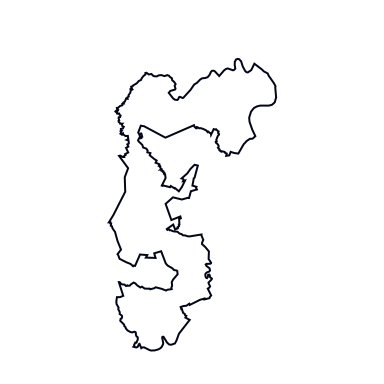 Cosoleacaque, Veracruz, Mexico, rotated 333°
{"feature_id": "50627088B31843590952822", "entity_name": "Cosoleacaque", "entity_type": "district", "adm_level": 2, "iso_a3": "MEX", "parent_name": "Mexico", "parent_adm1": "Veracruz", "projection": "albers", "projection_center": [-94.578, 18.006], "detail": "fine", "context": "isolated", "style": "outline", "palette": "ink", "viewbox_px": 384, "rotation_deg": 333, "n_neighbors": 0, "source": "geoboundaries", "source_scale": "gbopen_adm2", "svg_char_len": 6002}
<svg xmlns="http://www.w3.org/2000/svg" viewBox="0 0 384 384"><g transform="rotate(333 192 192)"><path d="M162.9,84.0L163.6,85.2L163.2,85.6L161.5,85.1L160.3,85.5L160.5,86.0L161.7,86.2L161.8,86.6L160.9,87.6L160.9,88.3L162.7,89.0L162.5,90.1L163.1,91.4L161.9,92.6L160.6,92.2L160.0,93.2L159.7,95.1L158.8,95.3L158.5,96.4L159.1,97.5L159.0,98.6L160.9,99.5L160.2,99.8L159.9,101.7L160.8,102.9L159.3,104.0L157.3,103.5L156.8,104.5L157.3,105.5L155.9,105.5L156.0,107.0L154.7,107.6L155.6,109.2L157.1,108.7L156.9,109.6L158.2,112.0L160.3,112.9L159.3,115.8L157.5,115.9L158.8,117.2L158.0,119.6L157.4,120.2L156.0,120.2L155.9,122.7L153.3,122.7L153.1,127.8L149.6,127.9L149.6,128.9L147.5,129.2L147.4,130.0L146.2,129.4L144.6,127.0L143.4,126.7L145.9,141.8L138.8,148.3L132.6,161.5L111.4,176.9L104.2,181.3L105.5,181.9L105.0,182.8L105.7,183.3L104.3,185.2L105.1,186.1L104.7,188.4L105.3,192.6L103.4,201.9L102.6,211.1L97.4,213.6L97.6,214.8L97.1,218.6L101.6,224.8L104.6,228.2L105.8,231.4L106.6,231.1L107.7,232.0L117.3,224.1L123.5,227.9L121.1,229.5L129.6,234.2L130.5,229.5L137.6,230.8L136.2,243.8L136.9,246.5L139.8,250.9L140.6,253.4L142.6,254.9L143.0,255.7L141.8,258.8L135.5,261.4L133.1,263.0L131.7,266.5L130.1,268.0L129.8,269.3L125.6,267.9L124.1,268.0L121.1,264.6L116.4,260.4L114.8,260.6L110.6,259.7L110.5,259.0L106.0,256.6L104.4,253.6L102.6,253.6L100.6,249.9L100.1,247.8L98.9,246.2L95.5,246.6L94.1,247.2L91.8,246.2L91.8,245.8L90.5,245.8L89.9,243.9L87.9,242.7L87.2,241.7L86.6,239.4L85.9,239.1L83.6,253.3L80.1,253.0L77.4,251.6L74.8,255.3L73.9,257.6L74.1,261.7L73.1,262.9L73.1,266.2L72.2,267.9L73.4,270.3L73.1,271.5L71.9,272.7L70.9,272.5L69.6,274.2L71.3,279.4L70.8,280.8L71.4,282.2L71.1,283.4L71.7,286.1L73.8,289.1L75.1,290.0L77.2,290.3L78.0,291.1L78.1,291.8L77.2,293.7L77.0,295.5L77.6,296.5L77.5,297.3L76.6,299.0L74.7,300.3L74.5,300.9L73.6,301.0L73.0,300.5L71.0,302.0L70.8,302.8L69.6,303.3L71.7,305.2L72.6,305.3L73.4,305.3L75.6,303.5L76.3,303.5L75.9,308.1L77.2,307.9L78.8,308.7L82.5,313.7L83.8,314.8L86.9,316.2L90.3,316.9L92.7,316.9L94.4,316.4L96.9,314.7L97.8,313.5L99.2,308.5L99.6,307.8L100.3,307.7L100.9,308.1L101.4,314.7L102.3,317.3L103.9,318.6L108.0,319.2L110.6,317.4L116.1,312.3L131.9,304.9L129.1,300.9L130.7,299.8L129.9,298.6L130.2,297.4L129.2,295.6L129.9,291.6L129.3,291.5L129.7,289.3L132.9,289.8L135.2,290.8L138.8,290.3L138.7,291.6L150.2,291.7L154.1,292.5L154.0,293.0L154.7,293.0L154.9,292.6L155.1,292.7L154.9,293.5L159.4,294.5L160.3,293.6L162.1,292.9L162.2,285.2L163.9,285.1L165.3,284.3L165.3,281.0L165.6,280.2L169.8,278.8L170.4,278.2L169.4,276.0L170.0,274.4L169.9,273.4L168.8,273.1L167.4,275.0L166.3,275.6L165.8,275.2L165.6,273.8L166.2,271.9L166.9,271.0L168.5,270.4L171.1,270.7L172.4,270.2L173.0,267.9L171.3,264.4L171.3,262.8L172.3,262.6L175.5,264.2L176.6,264.1L176.9,263.7L176.4,259.2L180.1,252.6L178.8,247.0L177.3,242.9L178.1,241.6L180.3,239.8L180.7,235.1L181.2,234.2L169.5,230.4L167.8,229.3L166.5,227.8L164.3,226.5L163.6,224.8L162.1,223.5L161.0,220.8L157.7,218.7L155.3,216.1L154.7,215.9L154.3,214.3L152.9,214.6L152.5,213.8L151.8,213.7L160.5,212.5L160.0,217.6L162.5,217.9L162.6,217.5L163.3,217.5L163.3,216.8L165.1,216.4L165.5,215.0L166.1,215.1L168.2,210.3L170.1,210.4L170.5,208.5L160.9,207.6L163.1,190.6L172.6,188.1L179.6,194.1L185.2,195.2L186.6,196.0L191.4,190.8L197.5,192.0L197.5,190.0L198.3,189.4L195.3,186.5L199.8,180.6L200.8,180.4L209.2,171.1L206.6,168.9L201.2,170.7L196.2,173.3L188.9,175.2L189.9,176.1L190.1,177.3L189.0,178.2L191.0,178.6L185.2,183.0L180.6,185.4L178.6,180.7L178.1,180.9L175.8,177.0L174.7,177.8L168.9,172.8L168.5,173.1L168.0,172.6L174.8,167.6L176.0,164.2L175.5,163.8L175.9,163.2L175.4,162.8L176.1,162.0L175.2,160.8L175.7,160.3L174.6,159.3L175.0,158.9L174.6,158.6L175.1,157.9L174.5,157.7L174.9,157.6L174.8,154.7L175.4,154.6L175.2,153.3L174.7,153.3L175.5,152.4L172.9,149.4L174.8,147.9L173.5,145.8L171.0,140.1L172.6,138.5L170.2,136.4L171.3,134.9L171.0,132.6L168.7,130.2L169.1,127.5L167.4,122.6L167.4,121.4L170.9,119.0L170.9,120.9L171.3,120.9L171.3,119.5L172.7,120.1L173.4,116.8L173.0,116.6L171.1,117.3L171.1,114.6L176.5,109.7L179.2,111.7L193.0,131.5L224.1,133.4L223.8,135.0L224.6,137.1L225.0,137.3L225.4,136.2L225.8,136.2L227.4,138.5L228.8,139.1L230.6,140.9L232.7,143.7L233.0,145.3L233.4,145.0L234.0,145.5L234.5,147.3L235.5,148.1L235.0,149.6L239.9,145.8L241.2,147.1L241.9,147.0L242.6,149.2L243.2,150.1L242.0,151.2L242.4,152.6L242.1,153.1L240.4,153.8L237.4,156.5L237.0,158.1L236.0,158.0L235.7,158.9L236.6,161.1L236.7,162.9L236.0,164.1L235.2,164.4L235.9,166.6L235.4,167.0L235.5,167.5L236.2,169.1L236.5,169.4L236.9,169.1L239.3,171.1L239.2,172.0L240.4,173.5L238.9,175.3L241.9,176.3L244.7,173.8L247.3,176.4L250.7,178.8L259.6,173.0L263.9,171.4L267.7,170.9L269.9,171.9L270.7,171.9L273.8,171.0L274.0,163.8L275.1,155.7L276.7,151.7L281.1,147.2L285.3,145.3L288.6,145.2L292.0,146.0L299.7,149.9L302.7,150.6L305.3,150.0L306.5,149.6L309.9,145.9L313.7,136.5L314.4,135.7L314.4,132.4L313.1,123.0L313.3,120.8L310.8,117.2L309.8,114.3L305.8,106.0L300.1,110.3L296.0,110.8L294.8,109.8L294.3,107.9L294.2,103.2L295.1,97.9L294.3,95.1L293.3,94.2L291.4,93.9L289.2,95.5L287.6,98.5L286.6,101.7L285.1,102.3L283.8,102.2L279.9,98.1L277.9,97.8L275.8,98.2L268.9,101.0L267.1,94.7L266.3,93.7L264.9,93.1L263.4,93.6L260.7,95.7L258.0,96.8L255.4,96.4L252.7,95.3L250.4,95.5L246.0,97.0L242.8,97.2L237.1,100.3L227.1,104.1L226.3,104.0L224.5,101.7L223.7,101.6L221.7,103.1L220.6,103.3L218.6,101.9L217.7,100.2L216.3,93.1L218.5,92.1L223.3,93.0L224.2,92.5L224.8,89.4L226.4,88.4L226.1,85.9L225.1,83.3L225.7,81.4L224.6,79.6L224.3,78.0L223.0,76.6L220.2,76.3L217.7,73.9L215.5,73.0L213.1,73.0L210.9,71.7L210.2,70.9L209.4,68.4L206.9,67.7L205.6,65.1L204.5,64.8L203.8,66.2L201.4,66.6L198.7,67.9L197.5,69.0L195.0,68.9L192.1,70.1L188.0,70.3L187.2,70.8L184.8,70.4L185.9,71.1L185.4,72.1L185.5,73.6L185.1,73.6L184.6,72.4L183.8,72.4L183.5,73.8L182.1,75.5L179.3,77.0L179.0,78.2L177.2,78.4L176.9,79.7L175.7,78.8L173.2,81.0L171.5,81.1L171.4,82.3L169.9,81.8L169.3,83.1L167.1,82.7L164.2,83.4L163.2,83.0L162.9,84.0Z" fill="none" stroke="#020617" stroke-width="2"/></g></svg>